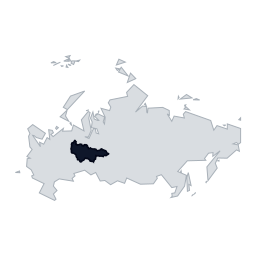 location of Khanty-Mansiy within Russia
{"feature_id": "RUS-2396", "entity_name": "Khanty-Mansiy", "entity_type": "Autonomous Province", "adm_level": 1, "iso_a3": "RUS", "parent_name": "Russia", "parent_adm1": "", "projection": "mercator", "projection_center": [69.975, 62.153], "detail": "fine", "context": "in_parent", "style": "filled", "palette": "ink", "viewbox_px": 256, "rotation_deg": 0, "n_neighbors": 0, "source": "natural_earth", "source_scale": "10m", "svg_char_len": 7662}
<svg xmlns="http://www.w3.org/2000/svg" viewBox="0 0 256 256"><path d="M177.6,196.0L171.0,197.5L172.2,196.3L171.8,193.4L174.8,192.9L177.0,186.5L171.8,187.6L161.4,174.7L156.5,176.4L157.3,178.3L153.4,183.8L140.4,184.2L126.7,178.0L124.6,183.3L117.5,180.8L110.6,184.7L104.9,180.5L100.2,181.0L95.7,172.5L90.9,174.9L84.7,170.2L73.8,173.5L75.0,175.9L72.1,178.4L73.4,181.2L59.2,178.9L54.4,181.9L53.4,186.1L57.0,190.5L53.4,194.0L56.0,199.2L54.6,200.4L39.3,192.9L44.1,183.6L32.4,178.0L31.7,175.9L33.8,175.0L31.2,169.8L26.6,166.5L27.2,158.7L30.2,158.2L26.9,156.5L32.1,149.5L29.9,146.9L28.6,136.3L29.9,133.5L27.7,128.8L32.7,124.6L45.4,133.3L42.1,139.2L36.3,137.5L34.1,135.6L32.6,135.3L40.4,146.7L39.6,142.2L43.7,144.2L47.1,137.6L49.8,139.4L48.7,129.7L52.3,130.4L53.4,132.8L50.9,134.4L53.1,136.6L63.4,128.4L62.6,131.2L71.7,130.9L73.4,125.0L84.0,130.9L81.4,119.8L88.2,111.5L90.1,112.5L88.8,118.2L91.2,130.4L88.3,137.0L84.8,136.7L89.0,138.5L93.3,128.9L95.2,128.5L96.2,133.1L98.7,133.8L96.9,128.8L91.4,127.6L92.2,122.0L90.5,118.2L92.9,112.0L94.2,119.0L97.8,120.5L98.8,120.4L94.6,116.2L98.1,113.9L104.6,117.0L103.2,121.9L104.5,124.0L105.2,117.2L101.0,108.3L109.6,110.6L110.8,107.1L108.3,102.8L110.0,99.9L127.6,96.4L126.6,92.4L133.9,84.6L147.7,95.7L135.5,112.1L142.7,106.0L146.6,106.6L146.7,111.9L147.0,112.7L147.5,112.8L148.0,108.2L162.7,107.4L169.2,110.5L169.4,115.3L167.2,113.9L171.8,121.3L174.1,116.1L184.4,118.0L183.3,114.2L185.6,111.6L210.7,120.5L213.8,130.2L217.0,125.6L227.3,129.1L227.3,123.9L240.6,128.5L240.6,142.6L238.6,144.1L236.3,142.5L233.0,143.9L238.2,144.9L239.4,151.3L236.5,149.9L227.1,158.2L217.8,158.0L215.3,163.3L217.2,168.1L208.0,180.6L206.9,166.9L220.1,150.8L212.8,156.3L213.0,152.6L208.5,153.2L204.5,158.5L205.8,160.3L187.3,160.8L177.7,171.5L186.4,175.3L184.6,186.1L177.6,196.0ZM84.7,91.0L67.4,109.6L63.3,107.3L70.5,96.1L84.7,91.0ZM188.3,172.6L191.1,185.6L188.8,184.4L189.5,190.4L187.4,191.3L186.8,177.6L188.3,172.6ZM60.1,116.8L67.1,110.1L65.5,116.0L68.8,121.3L60.1,116.8ZM180.2,99.1L186.5,94.5L192.0,97.9L180.2,99.1ZM121.2,67.2L128.2,76.0L118.5,72.0L121.2,67.2ZM118.9,59.2L125.3,62.1L116.4,65.0L118.9,59.2ZM130.5,73.1L135.8,78.6L127.3,82.5L130.5,73.1ZM193.1,99.8L196.3,98.6L199.7,100.0L193.1,99.8ZM15.4,172.5L19.5,171.0L19.8,172.7L15.4,172.5ZM56.8,63.7L60.4,62.2L53.3,65.5L56.8,63.7ZM186.0,106.8L189.4,109.9L184.0,109.0L186.0,106.8ZM58.4,127.7L56.5,129.4L55.6,128.2L56.6,126.4L58.4,127.7ZM63.8,61.1L67.1,59.5L68.9,61.3L63.8,61.1ZM75.1,60.9L73.6,64.5L71.1,63.2L71.7,60.9L75.1,60.9ZM78.5,61.6L75.6,61.1L79.7,60.1L78.5,61.6ZM70.8,122.5L71.7,125.6L70.0,123.3L70.8,122.5ZM119.6,68.8L117.3,70.5L115.7,68.1L119.6,68.8ZM65.7,56.6L70.1,55.6L68.5,58.2L65.7,56.6ZM240.6,120.2L238.8,119.7L240.6,117.8L240.6,120.2ZM53.6,61.6L56.2,62.7L50.9,62.9L53.6,61.6ZM88.4,110.2L86.0,110.7L88.4,110.0L88.4,110.2ZM145.3,103.3L146.2,105.6L144.4,104.3L145.3,103.3ZM225.8,125.0L224.3,125.8L223.5,125.1L225.8,125.0ZM69.8,65.4L67.9,64.1L71.1,65.2L69.8,65.4ZM69.4,58.4L70.6,61.0L68.2,59.3L69.4,58.4ZM195.6,192.4L195.2,193.2L194.1,194.3L195.6,192.4ZM66.5,65.2L67.9,67.4L66.1,67.1L66.5,65.2ZM97.9,113.5L96.2,114.5L95.8,114.3L97.9,113.5ZM219.0,161.1L217.8,160.8L219.0,160.2L219.0,161.1ZM185.8,104.8L185.0,106.5L184.6,105.2L185.8,104.8ZM181.1,170.7L181.3,172.0L180.6,171.7L181.1,170.7ZM207.1,181.0L206.1,182.6L205.8,182.1L207.1,181.0ZM63.5,65.8L61.8,66.5L61.2,65.8L63.5,65.8ZM99.0,110.6L98.6,112.3L98.3,111.8L99.0,110.6ZM179.1,97.5L178.1,98.7L178.4,96.2L179.1,97.5ZM192.1,195.3L193.7,194.2L192.1,195.6L192.1,195.3Z" fill="#d9dde1" stroke="#a8b0b8" stroke-width="1"/><path d="M71.6,152.5L71.4,152.3L71.3,151.9L71.4,151.5L71.4,151.3L71.5,151.3L71.5,151.1L71.6,150.7L71.4,150.6L71.3,150.4L71.3,150.1L71.3,149.9L71.4,149.6L71.3,149.4L71.1,149.3L71.0,149.2L71.0,148.9L71.1,148.6L71.2,148.3L71.1,148.2L71.3,147.7L71.4,147.3L71.4,146.8L71.5,146.6L71.5,146.3L71.8,146.1L71.9,145.8L71.9,145.7L71.7,145.6L71.5,145.3L71.5,145.2L71.6,144.8L71.5,144.6L71.4,144.5L71.4,144.4L71.5,144.2L71.7,143.9L71.6,143.7L71.7,143.3L71.9,143.1L72.1,142.8L72.3,142.6L72.5,142.6L72.7,142.8L72.9,143.0L73.0,143.1L73.2,142.8L73.2,142.7L73.5,142.7L73.6,142.4L73.8,142.2L74.0,141.9L73.9,141.7L74.1,141.5L74.2,141.2L74.3,141.0L74.5,140.9L74.7,140.5L74.9,140.4L75.3,140.7L75.4,141.0L75.5,141.1L75.4,141.3L75.6,141.6L76.1,141.8L76.0,142.0L76.0,142.3L76.0,142.6L76.0,142.8L75.9,143.1L76.0,143.3L76.1,143.5L76.0,143.8L75.7,144.0L75.7,144.3L75.9,144.5L76.1,144.5L76.3,144.4L76.6,144.4L76.8,144.6L77.0,144.6L77.0,144.9L76.9,145.0L77.0,145.1L77.5,145.2L77.7,144.9L78.4,144.9L78.6,144.7L78.8,144.7L79.1,144.6L79.4,144.6L79.6,144.3L79.7,144.2L80.1,144.2L80.4,144.2L80.6,144.1L81.2,144.4L81.5,144.3L81.8,144.4L81.8,144.5L81.8,144.9L81.6,145.0L81.7,145.3L81.8,145.4L82.2,145.6L82.3,145.7L82.3,145.8L82.5,145.8L82.9,145.8L83.1,146.0L83.2,145.7L83.4,145.7L83.6,145.5L83.6,145.4L83.9,145.1L84.3,145.3L84.5,145.4L84.6,145.2L84.5,144.7L84.8,144.6L85.1,144.6L85.3,144.8L85.8,144.8L85.9,145.0L86.1,145.1L86.3,145.1L86.5,144.9L86.6,145.0L86.8,145.3L87.1,145.3L87.2,145.5L87.3,145.6L87.2,145.7L86.9,146.1L87.0,146.3L87.1,146.5L87.3,146.7L87.4,147.1L87.8,147.1L88.1,147.1L88.3,147.4L88.3,147.5L88.4,148.6L88.7,148.5L88.9,148.6L89.2,148.3L89.9,148.4L90.1,148.2L90.5,147.9L90.6,148.0L90.8,148.2L90.9,148.6L91.1,148.7L92.1,148.7L92.5,149.1L93.0,149.1L93.4,149.0L93.7,148.9L94.0,148.9L94.4,148.9L94.5,149.0L94.9,149.2L95.0,149.4L95.4,149.1L95.5,149.1L96.0,149.3L96.2,149.8L96.4,150.1L97.2,150.6L97.3,150.8L97.6,150.7L97.9,150.6L98.1,150.5L98.5,150.4L99.9,150.4L100.0,150.4L100.1,150.1L100.1,149.9L100.3,149.7L100.6,149.5L100.6,149.4L100.8,149.4L101.0,149.2L101.3,148.9L101.8,148.9L101.8,149.1L101.8,149.3L102.0,149.6L102.1,149.8L102.4,149.9L102.5,150.0L102.8,150.2L103.1,149.8L103.4,149.9L103.7,149.9L104.0,150.0L104.4,150.5L104.8,150.9L105.1,150.7L105.5,150.6L105.7,150.8L105.8,151.0L106.1,151.1L106.2,151.3L106.4,151.6L106.6,152.3L106.6,152.5L106.8,152.8L107.0,152.9L107.3,153.0L107.6,153.2L107.9,153.4L108.2,153.5L108.4,153.5L108.6,153.6L108.6,153.8L108.3,153.9L108.1,154.1L108.2,154.3L106.7,155.2L106.2,155.6L105.8,155.7L105.3,155.3L105.1,155.1L104.6,155.1L103.6,156.0L103.5,156.3L103.2,156.6L102.9,156.3L102.8,156.2L102.4,156.3L101.8,156.3L101.7,156.2L101.6,155.9L101.2,155.8L100.8,155.9L100.4,156.2L100.0,156.1L99.5,156.1L99.3,156.2L99.2,156.0L99.2,155.9L99.0,155.7L98.7,155.7L98.7,155.8L98.3,155.7L98.0,155.9L97.5,155.8L97.3,155.9L97.2,155.9L97.0,155.7L96.8,155.7L96.5,155.8L96.1,155.6L96.1,156.0L95.9,156.0L96.0,156.3L96.0,156.5L95.7,156.7L95.7,156.8L95.6,157.0L95.8,157.3L95.7,157.6L95.6,157.9L95.6,158.2L95.6,158.7L95.6,158.8L95.5,159.2L95.2,159.3L94.8,159.3L94.6,159.7L94.4,159.7L94.3,160.0L94.0,160.2L94.0,160.3L94.1,160.7L94.1,160.9L93.7,161.4L93.4,161.7L93.4,161.8L93.2,161.6L92.9,161.5L91.9,161.5L91.7,161.4L91.4,161.3L91.2,161.2L91.1,161.3L90.4,161.2L90.5,161.0L90.3,160.8L90.3,160.7L90.3,160.4L90.2,160.4L89.9,160.5L89.7,160.4L89.6,160.2L89.4,159.9L89.2,159.5L89.1,159.4L88.8,159.3L88.6,159.0L88.3,158.9L88.2,158.7L87.8,158.3L87.7,158.3L87.6,158.6L87.3,158.4L86.7,158.6L86.4,158.3L85.6,158.3L85.5,158.1L85.2,158.1L84.9,158.2L84.8,158.4L85.1,158.6L84.5,159.1L84.2,159.3L83.9,160.0L83.6,160.2L83.1,160.3L82.7,160.6L82.3,160.8L82.0,161.0L81.9,160.9L81.6,161.0L81.6,161.6L81.1,161.9L80.9,161.9L80.4,161.9L80.1,161.7L79.7,161.1L79.4,160.2L79.2,160.1L79.1,159.9L78.2,159.7L77.9,159.8L77.8,159.7L77.5,159.6L77.4,158.9L77.4,158.6L77.3,158.1L77.2,157.9L77.2,157.7L76.9,157.6L76.6,157.4L76.6,157.2L76.4,156.8L76.1,156.2L76.1,155.9L76.0,155.6L76.0,155.4L76.1,155.2L75.8,154.6L75.5,154.3L74.8,154.0L74.8,153.9L73.7,153.2L73.2,153.1L72.7,153.0L72.2,153.1L72.1,152.7L71.8,152.4L71.6,152.5Z" fill="#0f172a" stroke="#020617" stroke-width="1.5"/></svg>